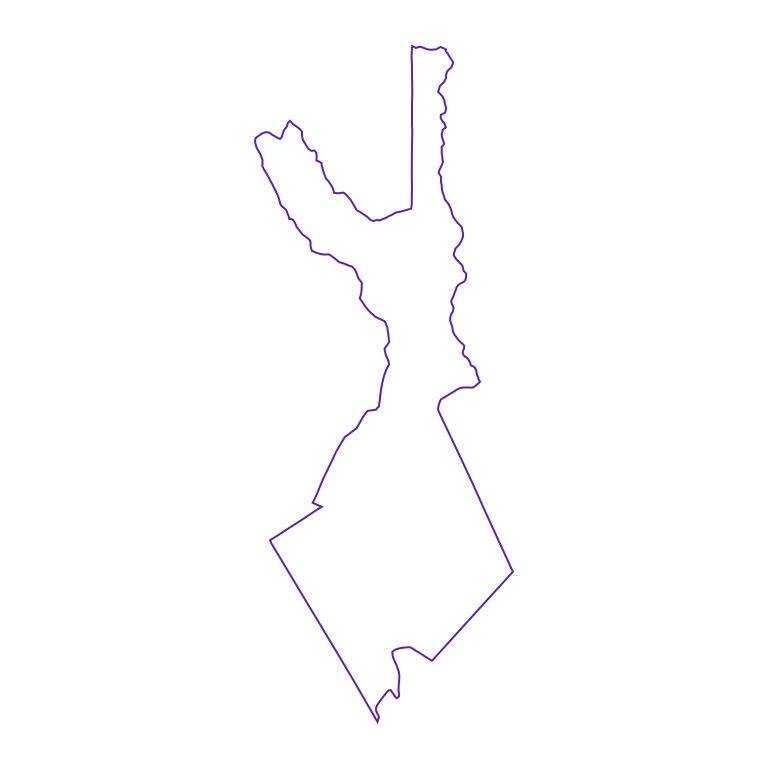 Borabu, Nyanza, Kenya
{"feature_id": "3690345B58519462810575", "entity_name": "Borabu", "entity_type": "district", "adm_level": 2, "iso_a3": "KEN", "parent_name": "Kenya", "parent_adm1": "Nyanza", "projection": "albers", "projection_center": [35.021, -0.692], "detail": "fine", "context": "isolated", "style": "outline", "palette": "violet", "viewbox_px": 768, "rotation_deg": 0, "n_neighbors": 0, "source": "geoboundaries", "source_scale": "gbopen_adm2", "svg_char_len": 5387}
<svg xmlns="http://www.w3.org/2000/svg" viewBox="0 0 768 768"><path d="M412.1,46.1L411.6,56.0L412.0,67.4L412.0,73.2L412.3,93.6L412.0,102.6L412.0,110.8L412.0,124.6L412.3,132.1L412.1,139.5L412.0,144.2L411.8,171.0L411.8,176.7L412.0,189.0L411.8,196.4L411.8,203.7L411.2,208.7L406.8,209.9L403.3,210.9L399.9,211.8L395.6,212.6L392.5,214.5L388.8,216.2L385.7,218.0L382.4,219.2L380.0,220.4L376.4,220.0L373.5,221.1L370.4,219.9L367.3,216.8L360.5,212.3L356.7,210.2L354.1,205.7L350.7,199.9L346.2,194.7L343.5,192.6L337.9,193.3L334.1,192.8L333.1,189.0L331.4,185.5L329.8,183.3L328.1,180.7L326.2,179.0L325.0,176.2L324.0,173.3L322.9,169.7L321.7,165.5L321.5,163.1L319.3,161.7L316.4,160.5L316.7,156.0L316.4,152.9L314.5,150.5L311.5,150.9L308.6,149.0L306.9,146.6L302.7,139.5L302.0,135.0L302.0,131.7L299.8,129.0L296.0,126.2L292.9,124.0L290.0,120.8L288.0,122.9L286.7,126.7L284.1,130.0L282.7,133.8L281.7,137.1L280.0,139.0L276.9,137.5L274.6,136.1L272.3,134.9L269.6,132.8L266.0,132.1L262.4,133.3L259.1,135.5L256.7,137.3L255.4,138.5L255.1,142.0L256.3,146.8L257.0,148.3L258.0,150.2L259.8,153.2L260.5,154.5L261.1,156.1L262.2,159.0L262.5,160.9L262.5,162.6L262.4,166.4L264.1,169.7L266.6,173.7L267.9,176.0L269.9,179.9L271.7,183.1L272.6,184.8L273.2,186.1L274.9,189.5L276.2,192.0L278.2,196.4L278.7,198.0L279.3,199.9L279.9,202.6L280.7,204.7L281.5,205.9L284.5,208.4L286.1,209.9L287.5,213.5L288.8,216.6L289.1,218.8L292.2,219.3L293.7,220.7L295.1,223.1L296.7,227.1L299.8,231.1L302.6,234.5L305.5,236.6L307.4,238.0L310.1,240.5L310.5,243.0L310.5,244.4L310.7,247.3L311.4,249.4L312.0,250.9L315.1,252.2L316.4,252.8L318.1,253.3L321.2,254.2L322.6,254.4L324.3,254.5L329.1,254.4L331.0,255.7L334.5,258.2L338.1,261.3L339.8,262.3L341.6,262.9L344.6,263.8L346.9,264.8L350.2,266.1L351.9,266.5L355.0,269.6L356.6,273.5L358.5,278.4L360.1,280.5L361.9,283.0L361.5,290.3L361.4,291.6L361.1,293.8L359.8,298.2L362.3,302.0L365.4,306.6L368.5,310.3L369.5,311.5L371.0,312.9L375.4,316.8L377.8,318.0L382.8,320.4L384.9,321.4L387.3,327.5L388.3,334.2L388.7,338.0L389.0,339.8L389.3,341.5L387.4,344.8L384.5,348.7L385.6,354.3L388.3,360.6L389.2,364.4L386.2,369.6L383.8,376.7L382.3,382.9L381.2,388.8L380.5,393.4L379.9,399.6L379.3,403.4L378.8,406.7L377.7,407.5L376.0,409.7L372.1,410.3L367.6,410.8L363.3,416.5L356.7,428.1L344.7,437.2L339.5,446.0L335.9,452.1L332.8,459.0L323.5,478.1L320.5,485.2L317.4,492.8L315.2,497.8L312.6,502.8L321.7,506.8L314.3,511.4L307.1,516.4L288.3,528.5L283.1,531.9L275.1,537.1L270.0,540.2L271.6,543.8L278.1,554.5L282.9,562.5L303.1,596.3L322.2,628.0L335.5,650.1L354.0,681.2L377.5,721.9L378.9,717.3L378.6,715.9L377.8,714.3L376.9,712.7L376.3,711.1L375.9,709.3L376.3,707.5L376.7,706.2L377.4,704.8L379.7,701.4L383.5,696.4L386.4,692.8L388.7,690.4L390.6,690.0L392.0,692.2L393.4,694.0L394.6,696.1L396.6,698.2L398.2,697.3L399.2,695.8L398.9,693.1L398.6,690.9L398.5,689.6L398.8,684.1L399.0,681.6L399.2,679.8L399.3,677.4L399.3,676.0L399.2,674.3L398.8,671.7L398.0,669.5L397.5,668.1L396.6,665.4L395.6,663.1L395.0,661.8L393.8,659.2L393.1,657.5L392.7,656.1L392.3,651.9L393.8,650.5L395.9,649.4L397.8,648.8L400.0,648.2L403.3,647.7L405.9,647.4L410.1,647.2L413.3,649.1L421.8,654.4L432.0,660.8L432.9,659.8L461.1,628.7L503.9,581.6L512.9,571.8L509.6,564.6L507.5,559.9L503.4,551.1L483.7,508.2L482.2,504.8L472.7,483.6L460.6,457.7L438.9,411.9L438.0,409.0L438.8,404.8L439.4,403.0L439.9,401.5L440.8,399.6L442.0,398.7L445.4,396.7L452.4,392.4L457.5,389.3L459.0,388.6L460.6,388.0L462.5,387.6L465.3,387.5L467.0,387.4L468.7,387.5L470.9,387.6L472.9,387.5L476.1,385.4L480.0,381.8L478.9,379.9L478.4,378.5L478.2,377.0L477.0,375.1L476.5,372.6L476.3,370.4L474.8,367.6L473.2,366.3L471.3,365.7L470.5,364.5L470.1,362.9L469.3,360.9L468.2,359.3L467.3,358.1L466.0,357.2L464.6,356.3L463.6,355.1L462.7,353.3L462.9,351.4L463.6,349.7L464.2,347.8L464.2,345.7L462.9,344.2L460.3,341.9L459.2,340.8L458.0,339.5L456.8,337.8L455.7,336.2L454.5,334.7L453.9,333.5L453.3,332.2L452.8,330.9L452.7,329.5L452.4,327.7L452.0,326.2L451.2,323.9L450.5,321.8L450.1,319.5L450.2,317.9L450.6,315.9L451.4,314.0L452.8,311.7L453.4,308.9L453.4,306.8L452.6,305.1L451.8,303.5L451.2,301.5L451.8,299.4L452.9,297.5L453.6,295.7L454.2,293.9L455.0,291.7L455.8,289.9L456.3,288.5L456.6,287.1L457.7,285.6L459.1,284.4L461.0,283.3L462.4,282.5L464.0,281.7L465.2,280.2L465.9,278.1L466.2,275.7L466.2,273.8L465.4,272.6L463.8,271.2L463.2,269.4L462.9,267.6L462.4,265.8L461.3,264.3L459.9,263.0L458.2,261.2L456.1,259.0L453.8,255.4L454.0,253.4L455.5,248.5L458.0,245.8L459.2,244.5L460.0,243.3L461.2,241.1L461.8,239.7L463.1,236.2L463.0,233.7L462.5,231.2L461.8,227.2L459.7,224.9L457.8,223.1L455.3,220.0L453.0,216.5L451.9,213.3L451.0,209.3L449.1,205.1L448.2,203.5L447.0,202.1L444.9,199.5L444.0,196.1L442.3,191.3L441.9,189.0L441.7,185.3L440.9,181.1L441.1,176.8L438.6,172.9L439.5,169.8L440.8,167.2L441.8,165.1L443.0,161.8L442.5,159.3L442.3,156.9L441.7,153.1L441.8,149.5L441.6,147.0L444.1,144.1L443.5,141.5L442.8,139.8L442.3,138.1L441.8,135.7L441.7,134.3L442.8,129.7L445.9,127.4L444.7,124.1L444.0,122.9L442.6,121.3L440.7,118.2L440.8,115.0L445.2,112.6L446.2,108.2L444.8,103.4L444.5,101.5L444.2,100.1L442.6,96.5L438.2,91.9L439.8,86.2L441.3,84.6L443.8,82.4L446.0,78.1L446.1,74.8L446.9,72.0L448.0,70.4L451.4,67.2L452.9,63.7L453.1,62.0L449.8,57.2L447.9,53.9L445.6,50.8L445.9,49.4L443.2,48.1L440.3,46.9L436.5,49.3L434.6,49.5L431.2,49.8L427.3,49.3L423.5,47.9L421.0,46.9L419.4,46.8L415.9,47.9L412.1,46.1Z" fill="none" stroke="#5b21b6" stroke-width="2"/></svg>